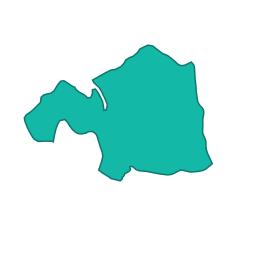 the district of Komo-Mondah, Estuaire, Gabon, rotated 331°
{"feature_id": "22940354B10433800471916", "entity_name": "Komo-Mondah", "entity_type": "district", "adm_level": 2, "iso_a3": "GAB", "parent_name": "Gabon", "parent_adm1": "Estuaire", "projection": "robinson", "projection_center": [9.643, 0.423], "detail": "fine", "context": "isolated", "style": "filled", "palette": "teal", "viewbox_px": 256, "rotation_deg": 331, "n_neighbors": 0, "source": "geoboundaries", "source_scale": "gbopen_adm2", "svg_char_len": 1849}
<svg xmlns="http://www.w3.org/2000/svg" viewBox="0 0 256 256"><g transform="rotate(331 128 128)"><path d="M215.3,101.0L208.7,100.7L205.2,99.6L202.8,97.0L201.5,93.1L200.0,89.0L197.7,83.8L194.1,79.3L191.4,73.1L189.5,68.4L185.6,65.2L176.9,64.6L172.9,66.6L167.4,67.8L163.4,67.2L159.2,67.4L155.9,69.4L151.6,70.9L145.2,70.6L141.3,69.1L135.0,68.8L120.2,68.9L120.1,71.8L122.3,78.1L122.6,83.2L121.9,93.5L121.1,97.9L117.8,101.5L115.5,101.0L117.1,96.9L118.6,92.4L118.8,87.9L119.0,83.6L118.4,78.2L115.5,77.2L113.6,80.5L110.5,83.2L107.4,82.5L106.2,78.7L104.5,75.7L102.7,72.9L101.2,69.3L101.3,66.7L99.2,64.0L97.3,60.0L94.9,55.7L91.9,54.4L88.0,55.9L81.3,59.6L77.5,60.2L74.3,59.2L70.4,58.2L66.9,59.0L63.8,63.2L56.8,65.3L51.3,66.6L45.3,67.2L42.2,68.9L41.1,72.2L40.1,79.6L40.0,87.5L40.4,91.9L42.7,96.0L46.0,97.8L49.6,99.4L55.3,102.9L55.9,103.9L59.9,98.9L64.9,93.5L68.6,90.4L72.0,88.5L76.9,90.0L77.7,92.9L78.1,98.4L78.6,102.2L80.1,106.5L82.0,109.0L84.5,110.7L88.8,112.0L91.9,112.1L95.1,113.8L96.8,116.6L97.1,119.5L96.1,124.0L95.2,128.5L94.4,132.3L93.7,136.9L92.1,140.8L88.3,144.9L82.0,150.6L83.7,154.7L87.3,161.0L88.7,164.1L92.9,167.9L95.4,170.4L97.5,170.2L99.2,168.6L101.3,167.8L103.1,166.4L104.7,166.5L108.2,166.4L110.0,165.6L110.8,162.9L112.5,163.2L113.7,164.9L114.6,167.8L116.7,170.5L123.4,175.1L133.9,183.9L140.2,188.4L143.7,189.7L146.8,190.0L150.6,190.0L153.9,190.3L155.6,191.7L158.6,194.4L161.4,196.9L168.3,200.0L173.2,201.5L176.4,201.6L184.4,200.1L185.0,192.3L185.2,189.1L186.0,185.2L187.2,181.8L188.7,179.4L189.7,177.2L190.3,173.9L190.6,170.5L191.1,167.9L192.9,165.0L195.6,160.4L197.1,157.5L198.8,155.1L200.8,152.8L202.6,149.4L202.7,146.6L202.1,144.3L201.6,142.0L201.8,138.5L203.7,133.5L205.6,128.7L207.3,125.2L208.8,121.7L210.4,117.8L212.6,113.2L215.5,107.1L216.0,105.0L215.8,102.9L215.3,101.0Z" fill="#14b8a6" stroke="#0f766e" stroke-width="1.5"/></g></svg>